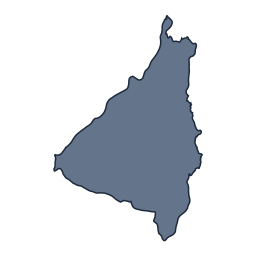 Balangan, Kalimantan Selatan, Indonesia (Equal Earth projection)
{"feature_id": "22746128B67876608948387", "entity_name": "Balangan", "entity_type": "district", "adm_level": 2, "iso_a3": "IDN", "parent_name": "Indonesia", "parent_adm1": "Kalimantan Selatan", "projection": "equal_earth", "projection_center": [115.786, -2.285], "detail": "fine", "context": "isolated", "style": "filled", "palette": "slate", "viewbox_px": 256, "rotation_deg": 0, "n_neighbors": 0, "source": "geoboundaries", "source_scale": "gbopen_adm2", "svg_char_len": 5764}
<svg xmlns="http://www.w3.org/2000/svg" viewBox="0 0 256 256"><path d="M199.4,167.4L200.3,165.0L200.4,163.5L200.6,163.3L200.7,162.8L200.9,162.5L200.8,161.6L200.8,161.1L200.5,160.6L200.4,160.4L200.5,159.6L200.7,159.2L200.4,159.0L200.3,158.8L200.7,158.1L200.8,157.3L201.1,157.2L201.1,156.9L201.1,156.3L201.9,155.5L201.8,155.1L202.0,154.4L201.2,153.9L200.7,154.0L200.2,153.9L199.9,153.6L199.6,153.7L198.8,153.3L198.6,153.0L198.2,151.7L198.1,151.2L197.6,150.5L197.4,149.8L197.3,149.1L196.9,148.6L196.9,148.2L197.1,147.8L197.0,147.3L196.8,146.9L196.3,146.5L196.3,146.1L195.8,145.9L195.7,144.8L195.1,143.7L195.0,143.1L194.8,142.8L194.9,142.6L194.9,142.3L195.0,141.9L194.9,141.4L195.1,140.8L195.0,140.6L195.1,140.3L195.3,139.9L195.2,139.2L195.3,139.0L195.3,138.2L195.7,138.1L195.9,137.9L196.0,137.5L196.0,137.2L196.0,136.7L196.5,136.4L196.9,136.5L197.1,136.3L196.9,136.1L197.0,136.0L197.8,135.1L198.8,134.6L199.8,134.2L200.4,133.9L201.0,133.1L201.3,132.1L201.2,131.3L200.8,130.5L200.0,130.3L198.5,130.7L197.7,130.4L197.1,129.9L196.2,128.5L195.4,126.5L194.8,124.7L194.2,122.2L192.9,119.9L192.5,119.0L192.3,117.9L192.5,116.8L192.9,115.9L192.7,114.9L192.4,114.2L192.5,113.2L192.5,112.6L192.1,112.5L191.6,112.6L191.4,112.5L190.9,111.2L190.5,111.1L190.6,110.5L190.6,110.1L190.4,109.6L190.3,109.2L190.8,108.0L190.7,107.2L190.4,106.7L190.6,106.7L190.3,106.0L190.3,105.4L190.5,105.1L191.3,105.1L191.4,104.9L190.9,104.4L190.8,104.2L191.0,103.5L190.9,103.3L190.8,103.0L190.7,103.1L190.2,103.2L189.8,102.9L189.4,102.6L189.2,102.6L188.2,101.6L187.7,100.7L187.3,100.7L186.8,100.7L186.7,100.7L186.8,100.0L186.9,99.1L187.5,97.8L187.8,96.9L188.2,96.2L188.3,95.8L188.2,95.8L188.0,95.5L187.8,95.5L187.4,95.0L187.4,94.7L187.1,94.4L187.0,94.1L186.4,93.6L186.2,92.9L186.2,92.1L186.2,90.9L186.5,90.0L187.9,87.7L188.6,85.9L188.7,85.1L188.7,83.6L188.5,81.0L188.5,79.0L188.8,75.8L189.2,72.4L189.3,70.2L189.1,68.0L189.1,66.0L189.2,64.2L189.1,62.0L188.9,60.2L189.1,58.9L189.7,57.6L190.7,56.8L192.8,56.0L193.4,55.7L194.6,54.3L195.1,53.0L195.3,49.9L196.2,46.7L196.4,45.6L196.3,44.8L195.9,43.8L195.1,43.3L193.5,43.8L192.9,43.6L192.2,43.1L191.5,42.4L189.7,40.1L189.2,39.6L188.3,39.2L188.2,38.6L188.4,38.1L188.2,37.7L187.8,37.4L187.4,37.0L187.0,37.1L186.3,37.8L185.7,38.1L184.3,38.2L183.9,38.4L183.5,38.7L182.2,38.8L181.9,38.8L181.7,38.4L181.6,38.7L181.5,39.0L181.5,39.3L181.6,39.5L180.9,40.2L180.5,41.0L180.0,41.7L179.0,42.1L177.3,41.5L175.8,41.2L173.7,41.6L173.0,41.1L172.3,39.9L172.0,38.8L171.4,37.4L170.8,36.8L170.2,36.4L169.9,36.7L169.5,36.8L169.0,37.4L168.8,37.5L168.4,37.9L168.3,38.0L168.2,38.0L167.9,37.6L167.5,37.0L167.2,35.6L167.1,35.0L167.1,34.9L166.8,34.6L166.7,34.4L166.7,33.9L166.5,33.6L166.1,33.2L165.8,33.4L165.8,32.7L166.0,31.7L166.5,30.7L168.8,28.6L170.8,26.5L171.8,24.4L172.1,23.3L172.2,22.1L172.0,21.2L171.5,20.5L171.0,19.8L168.7,17.5L167.5,16.7L167.5,16.2L167.4,15.9L167.0,15.6L167.0,15.4L166.7,16.1L166.5,16.3L166.3,17.1L166.3,17.4L166.5,17.6L166.6,17.9L166.5,18.2L166.6,18.9L165.7,18.9L165.5,19.1L165.4,19.0L165.2,19.4L164.9,19.5L164.4,20.1L164.5,20.4L164.3,21.1L163.7,21.8L163.4,22.4L162.5,24.6L162.3,25.7L162.2,26.7L162.2,29.3L161.9,31.9L161.8,32.6L160.6,35.6L160.3,36.7L160.4,38.4L160.6,40.0L160.7,41.3L160.7,42.7L160.6,44.3L160.3,45.8L159.5,48.5L158.2,51.2L157.1,53.4L154.9,56.7L151.9,60.5L150.8,62.5L149.0,67.1L148.1,68.3L147.6,68.9L146.2,70.0L145.5,70.8L144.9,71.8L144.4,73.0L143.6,75.7L143.0,77.5L142.6,78.2L141.9,79.0L140.9,79.6L140.2,79.9L139.0,80.0L138.0,79.7L133.8,76.9L132.9,76.4L132.3,76.4L131.5,76.6L131.0,76.9L130.2,77.5L129.7,78.0L129.2,78.9L128.9,81.0L128.8,83.0L128.5,85.3L128.2,86.5L127.9,87.4L127.4,88.4L126.5,89.2L125.8,89.7L115.0,95.6L111.5,98.1L110.6,98.6L109.3,99.6L108.3,100.9L107.4,102.4L106.9,103.4L106.7,104.1L105.8,108.3L104.7,111.2L104.2,112.2L103.5,113.2L102.1,115.0L101.2,115.6L100.9,116.1L99.4,117.3L97.3,118.2L95.9,118.3L95.2,118.5L94.4,119.0L93.8,119.6L93.3,120.2L91.5,123.0L89.8,124.7L85.6,127.5L85.4,127.7L85.5,127.8L85.4,127.7L83.5,129.2L81.9,130.3L77.2,134.0L75.5,135.8L73.8,138.1L72.1,141.0L71.0,142.6L69.2,144.6L66.9,146.8L66.1,147.3L65.7,147.4L65.3,148.4L64.5,149.4L63.6,150.9L62.9,151.5L62.5,152.2L61.5,153.5L60.1,154.4L59.2,154.9L58.0,155.1L56.9,155.2L55.1,154.7L54.9,155.0L54.8,155.6L55.6,157.3L55.6,159.0L55.1,162.7L55.1,166.1L54.7,167.7L54.1,168.4L54.0,169.3L54.2,170.6L54.5,170.8L54.7,171.0L56.1,170.2L56.6,170.1L57.5,169.3L58.5,168.5L59.2,168.7L60.3,168.6L61.0,169.2L61.6,170.4L62.0,170.7L62.9,172.9L63.2,174.1L65.9,177.9L69.2,179.8L73.1,183.1L77.5,185.3L81.3,186.1L81.9,186.3L83.6,187.5L89.5,190.8L92.7,191.6L95.5,192.7L96.4,193.0L99.8,192.9L100.0,192.7L102.3,193.0L104.7,193.1L109.6,194.8L111.9,196.0L116.7,199.9L118.5,201.0L120.5,202.0L124.1,200.5L128.1,201.3L129.6,202.0L131.0,201.5L131.1,202.1L131.6,203.9L132.8,206.7L134.6,208.3L136.1,208.9L142.2,210.4L147.4,210.9L152.2,211.8L153.6,211.8L154.5,211.7L155.2,212.1L155.4,213.1L155.3,214.5L155.0,217.1L154.2,219.1L153.8,220.4L153.8,221.3L154.8,222.2L156.0,223.1L157.1,224.0L157.6,225.8L158.0,228.3L158.1,230.4L158.8,233.5L159.7,234.1L161.4,235.9L162.0,237.4L162.2,238.5L162.9,239.5L163.7,240.4L164.9,240.6L165.9,239.8L166.9,238.4L168.5,237.0L172.5,235.0L173.7,233.9L175.0,232.4L175.3,231.6L176.0,226.8L177.3,222.2L177.9,219.5L178.5,217.6L180.2,215.6L185.1,211.6L185.8,210.9L187.3,208.6L188.0,206.0L189.2,203.4L189.6,202.3L189.8,201.0L189.8,200.0L189.7,198.8L188.8,194.9L188.6,192.3L188.5,190.3L188.6,188.1L188.5,187.0L188.2,185.3L187.5,183.7L187.0,182.4L187.1,181.0L187.6,179.9L188.3,178.9L188.7,177.8L188.8,176.2L188.8,175.5L189.1,174.2L189.6,174.0L190.3,175.5L191.1,175.4L191.7,174.8L193.3,172.3L194.6,171.2L195.2,170.3L195.4,169.2L195.8,168.6L196.4,168.5L197.3,167.9L197.9,167.7L198.5,168.3L199.1,168.2L199.4,167.4Z" fill="#64748b" stroke="#1e293b" stroke-width="1.5"/></svg>